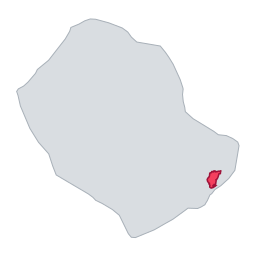 Quthing, Quthing, Lesotho shown in context, rotated 269°
{"feature_id": "5366337B136764020744", "entity_name": "Quthing", "entity_type": "district", "adm_level": 2, "iso_a3": "LSO", "parent_name": "Lesotho", "parent_adm1": "Quthing", "projection": "orthographic", "projection_center": [27.658, -30.405], "detail": "fine", "context": "in_parent", "style": "filled", "palette": "rose", "viewbox_px": 256, "rotation_deg": 269, "n_neighbors": 0, "source": "geoboundaries", "source_scale": "gbopen_adm2", "svg_char_len": 3518}
<svg xmlns="http://www.w3.org/2000/svg" viewBox="0 0 256 256"><g transform="rotate(269 128 128)"><path d="M175.5,181.0L167.1,183.6L165.9,183.8L160.5,183.1L153.4,183.7L147.7,185.1L143.3,185.6L136.2,193.2L123.1,213.8L119.7,218.1L118.7,226.2L115.6,232.6L112.0,237.5L108.4,238.7L97.6,236.7L83.8,234.1L75.8,227.9L68.7,219.8L64.9,213.8L60.9,210.6L59.6,208.7L53.9,206.0L51.8,204.6L50.0,203.6L47.7,199.6L46.3,196.2L46.8,186.6L42.8,181.0L36.0,171.3L31.7,163.3L25.7,152.4L22.1,143.2L18.3,133.5L18.7,129.4L22.3,126.5L32.8,121.6L40.9,117.8L46.8,110.9L53.1,100.7L56.2,94.5L59.3,91.7L62.7,87.3L68.6,77.7L75.2,66.9L82.3,55.4L91.2,52.1L103.5,48.3L115.2,38.3L129.3,29.9L151.9,20.8L162.5,18.6L166.5,17.3L169.0,19.0L171.7,24.3L175.5,28.7L184.3,36.5L188.1,38.4L197.1,49.8L206.9,57.7L218.1,66.8L225.7,71.4L229.6,72.7L232.7,80.7L235.9,86.6L237.7,92.2L237.3,97.5L233.5,110.6L228.1,124.0L223.9,129.5L218.8,133.0L213.8,138.3L211.8,149.0L209.4,161.7L202.9,166.8L197.8,170.2L190.9,174.3L175.5,181.0Z" fill="#d9dde1" stroke="#a8b0b8" stroke-width="1"/><path d="M83.6,220.0L83.6,219.7L83.4,219.3L83.3,219.0L83.2,218.7L83.2,218.2L83.3,217.7L83.3,217.4L83.1,217.0L83.0,216.9L82.9,216.8L82.9,216.5L82.9,216.3L82.8,216.1L82.8,215.8L82.8,215.6L82.7,215.4L82.6,215.1L82.9,215.0L83.0,214.8L83.3,214.8L83.4,214.6L83.5,214.3L83.5,214.1L83.5,213.8L83.6,213.6L83.7,213.4L83.7,213.2L83.4,213.0L83.2,213.1L82.9,213.2L82.8,212.9L82.7,212.9L82.6,212.5L82.6,212.3L82.7,212.1L82.7,211.9L83.0,211.8L83.0,211.7L83.1,211.3L83.0,211.1L82.9,211.0L82.9,210.9L82.7,210.8L82.5,210.7L82.3,210.7L82.2,210.6L82.0,210.4L81.9,210.4L81.9,210.2L81.8,209.9L81.8,209.7L81.7,209.6L81.7,209.4L81.6,209.2L81.4,209.1L81.3,208.9L81.2,208.9L80.9,208.9L80.7,209.0L80.5,208.9L80.3,208.8L80.2,208.8L79.9,208.8L79.6,208.7L79.3,208.7L78.9,208.7L78.6,208.6L78.3,208.4L78.2,208.4L78.0,208.2L77.9,208.2L77.7,208.2L77.4,208.0L77.3,207.8L77.1,207.6L76.8,207.3L76.3,206.8L76.1,206.8L76.0,206.7L75.8,206.6L75.6,206.5L75.3,206.4L75.1,206.3L74.8,206.2L74.7,206.3L74.6,206.5L74.4,206.6L74.1,206.6L73.8,206.5L73.6,206.5L73.4,206.6L73.1,206.8L72.7,207.0L72.4,207.2L72.2,207.4L72.0,207.5L71.9,207.6L71.7,207.8L71.6,208.0L71.4,208.4L71.3,208.5L71.0,208.4L70.9,208.3L70.7,208.0L70.4,208.1L70.2,208.3L69.9,208.5L69.6,208.8L69.4,208.9L69.1,208.9L68.8,208.8L68.7,208.7L68.4,208.7L68.2,208.7L67.9,208.7L67.6,208.7L67.4,208.8L67.1,209.1L66.9,209.4L66.7,209.7L66.7,209.8L66.5,210.1L66.5,210.3L66.5,210.5L66.6,210.8L66.6,211.0L66.9,211.2L66.9,211.3L67.0,211.4L67.2,211.6L67.2,212.0L67.2,212.3L67.1,212.5L67.3,212.7L67.5,212.7L67.9,212.5L68.2,212.3L68.4,212.1L68.8,211.9L69.0,212.0L69.1,212.3L69.4,212.5L69.3,212.9L69.2,213.1L68.7,213.4L68.4,213.6L68.1,213.8L68.2,214.0L68.3,214.1L68.4,214.3L68.5,214.3L68.6,214.5L68.8,214.5L69.0,214.5L69.3,214.7L69.3,214.8L69.4,214.7L69.4,214.4L69.5,214.3L69.5,214.2L69.7,213.9L69.8,213.8L69.8,213.7L70.0,213.6L70.0,213.8L70.1,214.0L70.2,214.3L70.3,214.3L70.4,214.5L70.5,214.6L70.8,214.7L71.0,214.7L71.2,214.8L71.3,214.8L71.5,214.9L71.9,214.8L72.1,214.8L72.3,214.9L72.6,215.1L72.8,215.1L73.1,215.1L73.6,215.1L74.0,215.2L74.3,215.2L74.6,215.1L74.6,215.3L74.6,215.5L74.8,215.7L75.0,215.8L75.5,215.9L75.7,216.3L75.9,216.4L76.1,216.5L76.3,216.6L76.5,216.8L76.8,216.9L77.3,217.1L77.8,217.3L78.5,217.5L78.9,217.7L79.2,217.7L79.7,217.9L80.1,217.9L80.4,218.0L80.6,218.2L80.7,218.3L80.7,218.5L80.6,218.8L80.6,219.1L80.6,219.3L80.8,219.5L81.0,219.6L81.4,219.7L81.9,219.7L82.2,219.7L82.6,219.8L83.1,220.0L83.5,220.1L83.6,220.0Z" fill="#f43f5e" stroke="#9f1239" stroke-width="1.5"/></g></svg>